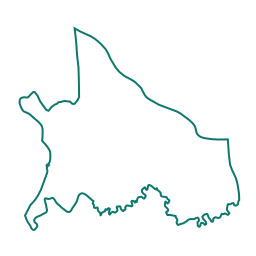 the district of Xebangfay, Khammouan, Laos, rotated 357°
{"feature_id": "54806243B47827681100424", "entity_name": "Xebangfay", "entity_type": "district", "adm_level": 2, "iso_a3": "LAO", "parent_name": "Laos", "parent_adm1": "Khammouan", "projection": "equal_earth", "projection_center": [105.132, 17.21], "detail": "fine", "context": "isolated", "style": "outline", "palette": "teal", "viewbox_px": 256, "rotation_deg": 357, "n_neighbors": 0, "source": "geoboundaries", "source_scale": "gbopen_adm2", "svg_char_len": 5891}
<svg xmlns="http://www.w3.org/2000/svg" viewBox="0 0 256 256"><g transform="rotate(357 128 128)"><path d="M235.3,205.8L235.4,200.0L235.0,194.8L234.3,188.9L233.2,184.1L231.3,179.1L230.0,176.2L228.0,170.0L227.3,159.1L227.1,144.6L217.0,144.2L211.1,143.5L205.6,142.5L203.0,141.9L200.0,140.7L198.4,139.4L196.9,137.9L196.2,136.3L195.2,130.8L194.4,128.8L193.0,126.9L191.6,125.3L189.0,122.7L180.7,115.9L177.7,114.1L160.1,106.4L150.0,99.9L147.8,97.9L146.2,95.5L145.4,93.6L144.6,92.1L143.9,90.3L143.2,88.8L138.3,83.4L136.1,81.4L126.7,75.5L122.1,71.3L119.0,67.2L116.4,62.4L113.8,57.4L112.3,53.1L109.7,48.0L105.2,42.5L101.9,39.3L99.7,37.3L95.7,34.5L85.1,29.0L79.9,25.7L80.7,37.9L81.0,53.3L81.7,64.6L81.5,75.3L80.8,94.5L78.9,97.8L75.9,101.1L73.7,101.0L71.4,98.5L68.4,98.2L66.4,97.6L64.4,97.9L62.5,98.5L60.0,98.6L58.4,100.0L56.2,100.8L52.7,103.0L49.6,106.6L48.0,106.0L47.2,105.5L46.5,104.4L41.6,96.7L39.4,91.1L36.8,87.3L35.4,87.1L34.0,88.1L30.5,91.5L29.5,92.2L28.5,92.3L26.3,91.9L25.2,91.9L23.8,92.2L22.4,92.8L21.8,93.5L21.3,94.7L21.1,96.4L21.1,97.9L22.2,101.5L22.9,103.2L23.8,104.9L25.0,106.1L29.6,108.4L32.0,110.5L33.6,112.2L38.6,116.9L41.1,119.9L42.1,121.8L42.6,124.8L42.6,127.1L42.1,133.0L41.5,136.1L45.7,141.4L47.7,144.6L48.3,145.8L48.7,146.9L49.0,148.7L49.1,150.6L48.8,154.1L48.5,156.1L47.7,158.5L47.4,158.9L46.9,159.1L46.6,159.6L46.8,159.8L47.0,160.3L46.6,160.2L46.4,160.4L46.3,161.4L46.0,161.3L45.7,160.6L45.2,160.5L44.8,160.9L44.7,161.4L45.0,161.6L45.2,162.0L45.3,162.7L44.8,163.6L44.8,164.3L45.2,166.1L45.2,167.2L44.9,168.5L37.8,185.2L34.5,190.8L31.1,195.3L28.7,197.7L26.9,199.4L26.2,200.3L20.6,210.0L21.0,211.1L21.6,213.4L23.2,217.1L23.9,218.2L25.3,220.5L26.0,222.5L26.4,223.3L27.2,224.2L27.8,224.7L28.5,224.8L29.3,224.7L30.0,224.1L31.5,222.5L32.2,221.3L32.3,220.3L31.9,219.3L31.6,218.8L30.5,217.8L30.0,217.1L29.7,216.7L29.5,215.8L29.7,214.5L30.8,213.0L31.5,212.5L32.0,212.2L36.6,210.5L39.0,209.2L40.5,208.7L41.8,208.0L42.2,207.6L42.5,207.0L42.9,205.4L42.5,203.9L42.2,201.2L42.1,199.9L41.9,199.4L41.7,199.2L41.5,197.6L41.2,196.6L41.1,194.9L41.3,194.3L41.6,194.0L42.0,193.9L43.4,194.3L44.3,194.7L45.5,194.7L48.7,193.9L49.4,194.0L49.8,194.4L50.9,195.7L52.2,198.2L53.3,199.7L58.2,204.6L62.0,207.8L62.6,208.3L63.4,208.6L64.3,208.8L65.0,208.7L66.4,208.0L67.0,207.2L68.1,205.3L71.2,201.4L73.1,198.4L75.1,193.1L75.6,192.4L76.1,191.9L77.0,191.3L78.0,190.9L78.5,190.8L79.7,191.0L80.9,191.5L82.5,192.5L83.1,193.0L88.7,198.5L89.7,199.2L88.8,201.2L89.1,202.0L89.8,202.9L89.9,205.1L90.0,205.5L90.1,205.8L90.9,206.2L93.0,205.8L93.5,206.2L93.6,206.5L93.5,208.1L93.7,208.6L94.1,209.5L95.6,211.3L95.8,212.1L95.9,213.4L96.0,213.6L96.5,213.3L96.8,212.8L97.4,211.4L97.7,211.1L99.0,210.5L100.6,210.0L100.8,209.0L101.1,208.3L101.3,208.0L101.5,207.9L101.8,208.0L102.6,208.6L103.0,208.6L104.1,207.2L104.5,207.1L105.3,207.5L105.6,207.9L105.6,208.2L104.6,211.2L104.4,211.9L104.8,213.0L105.1,213.4L105.5,213.2L106.6,212.0L107.7,211.1L108.1,211.0L108.8,210.9L109.1,211.0L110.1,211.7L110.7,211.8L111.4,211.5L112.5,210.6L113.0,210.0L113.1,209.5L113.0,208.6L112.6,206.9L112.7,206.2L113.1,205.8L113.8,205.8L114.5,205.9L115.6,205.8L116.0,205.9L116.3,206.3L116.6,208.4L118.4,210.5L118.6,210.7L119.0,210.7L120.0,209.6L120.9,209.4L121.2,208.9L121.3,206.7L121.7,206.2L122.3,205.6L123.2,205.3L124.5,205.7L126.1,205.8L127.3,206.4L128.0,206.3L128.2,206.0L128.3,205.5L128.3,204.6L127.5,202.0L127.7,201.3L128.1,201.0L128.6,200.9L129.2,201.1L130.3,201.9L130.9,202.6L131.5,201.4L131.9,201.4L132.4,202.2L132.6,202.3L132.8,202.3L133.6,199.4L133.9,198.7L134.5,198.0L134.8,197.8L135.7,197.5L137.4,197.4L137.9,197.5L138.5,197.9L139.9,199.2L140.1,199.3L140.5,199.3L141.0,198.9L141.7,197.7L142.0,196.9L142.0,196.2L141.8,195.9L139.8,194.2L138.9,193.1L138.7,192.7L138.6,192.0L138.6,191.2L138.8,190.4L141.1,188.4L141.4,188.2L141.7,188.2L142.0,188.4L142.5,189.8L142.9,190.5L143.4,190.7L144.0,190.6L144.4,189.9L144.5,188.4L145.4,186.2L145.9,186.0L146.6,186.1L148.4,187.1L151.5,190.1L152.0,190.5L152.5,190.6L153.3,189.7L153.6,189.7L153.7,189.9L153.7,191.0L153.8,191.3L155.1,192.1L157.1,194.2L157.2,194.9L157.3,196.9L157.6,197.6L158.5,198.2L162.0,198.9L162.8,199.2L163.1,199.4L163.6,200.6L164.1,201.2L165.5,202.4L165.5,202.8L165.1,203.6L164.4,204.8L163.8,205.3L163.5,205.4L163.1,205.0L161.9,203.5L161.6,203.5L161.4,203.9L161.0,205.4L160.8,206.4L160.9,207.7L161.4,208.6L163.1,210.4L163.6,211.4L163.7,211.7L163.7,212.3L163.5,212.9L163.0,213.3L162.0,213.6L161.8,213.8L161.7,214.2L162.5,216.4L163.0,217.0L165.6,217.0L166.9,217.5L167.9,217.5L169.0,218.0L170.9,218.3L171.1,218.7L171.0,219.4L171.2,220.0L172.1,221.4L172.4,222.0L172.4,222.9L171.7,224.3L171.6,225.2L171.9,226.0L172.6,227.2L172.8,227.4L173.1,227.4L176.4,226.4L178.4,226.0L182.0,224.0L182.4,223.5L182.9,223.1L185.2,222.2L189.3,222.5L189.9,222.2L191.3,221.4L192.8,221.2L193.2,221.4L193.7,222.1L194.0,223.4L194.0,224.3L193.6,224.8L193.0,225.2L192.6,225.5L192.5,226.1L192.5,228.7L192.6,229.2L192.9,229.6L193.5,230.2L194.0,230.3L194.3,230.2L195.0,229.5L195.5,227.7L196.0,226.9L196.7,226.5L197.2,226.6L198.3,227.1L199.4,228.4L199.8,228.6L200.6,228.4L201.0,228.0L201.1,227.3L201.1,226.8L200.8,225.9L200.2,224.9L198.5,222.8L197.9,221.5L197.7,220.9L197.7,220.3L198.4,219.6L199.6,218.7L200.1,218.4L201.7,218.0L202.2,218.0L202.6,218.1L203.1,218.9L203.9,221.7L205.1,223.3L206.5,225.8L207.0,226.0L207.4,226.0L208.0,225.5L208.2,225.2L208.3,224.4L208.3,223.5L208.6,222.8L210.2,221.9L210.9,221.7L213.1,222.5L213.9,222.6L214.7,222.4L215.6,221.6L217.0,219.0L217.3,218.6L219.1,219.0L220.0,218.5L220.4,218.4L221.1,218.7L222.5,219.7L223.2,219.9L223.5,219.8L224.5,218.9L224.7,218.4L224.1,217.5L223.2,216.1L222.5,214.8L222.4,214.5L223.4,210.3L223.8,209.4L224.3,209.3L225.6,209.5L226.2,209.5L228.0,208.6L229.2,208.5L229.6,208.9L229.7,209.6L230.0,210.6L230.3,210.8L231.1,211.1L232.0,211.1L233.0,210.6L233.6,210.0L234.0,208.9L234.4,207.1L234.8,206.3L235.3,205.8Z" fill="none" stroke="#0f766e" stroke-width="2"/></g></svg>